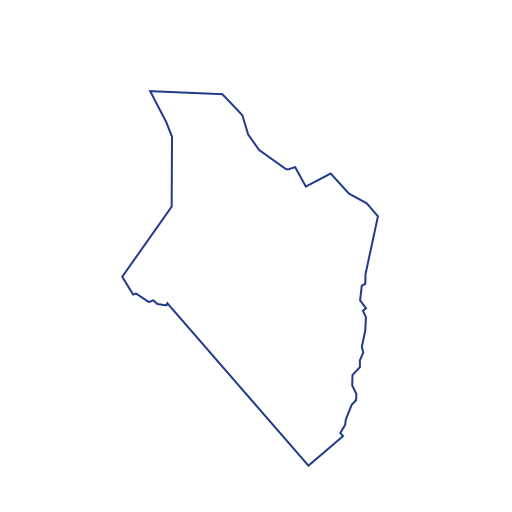 the district of Lycoming, Pennsylvania, United States of America, rotated 230°
{"feature_id": "52423323B77713055923502", "entity_name": "Lycoming", "entity_type": "district", "adm_level": 2, "iso_a3": "USA", "parent_name": "United States of America", "parent_adm1": "Pennsylvania", "projection": "orthographic", "projection_center": [-77.127, 41.333], "detail": "fine", "context": "isolated", "style": "outline", "palette": "blue", "viewbox_px": 512, "rotation_deg": 230, "n_neighbors": 0, "source": "geoboundaries", "source_scale": "gbopen_adm2", "svg_char_len": 803}
<svg xmlns="http://www.w3.org/2000/svg" viewBox="0 0 512 512"><g transform="rotate(230 256 256)"><path d="M61.9,190.1L62.1,206.9L66.3,206.9L69.3,215.7L73.1,219.8L80.6,233.9L81.2,239.9L85.8,244.2L95.0,246.5L102.8,253.4L104.1,264.2L109.3,268.5L113.1,276.1L118.4,278.7L128.7,291.8L138.3,300.8L145.3,302.7L145.3,306.7L155.1,307.2L165.3,318.0L164.4,321.8L171.6,328.1L208.0,374.9L214.9,374.8L225.1,374.7L244.0,367.3L271.2,366.2L277.2,338.8L298.9,343.1L301.1,337.8L301.2,337.3L301.6,336.5L302.5,335.5L302.9,335.0L304.0,334.6L335.2,326.5L354.2,328.1L372.5,336.0L385.3,335.3L401.6,334.2L450.3,280.9L416.2,273.3L401.3,268.3L348.0,223.1L326.1,140.2L305.5,137.1L304.3,140.0L289.6,144.3L288.1,148.8L282.6,149.6L275.8,155.6L276.8,157.7L61.7,161.4L61.9,190.1Z" fill="none" stroke="#1e3a8a" stroke-width="2"/></g></svg>